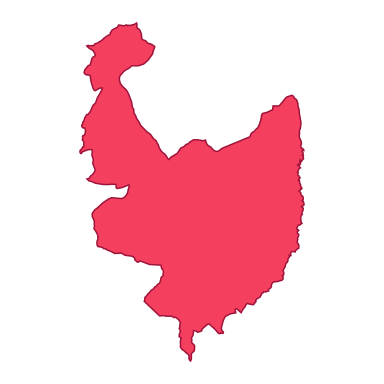 Kanduyi, Western, Kenya
{"feature_id": "3690345B52406827974288", "entity_name": "Kanduyi", "entity_type": "district", "adm_level": 2, "iso_a3": "KEN", "parent_name": "Kenya", "parent_adm1": "Western", "projection": "albers", "projection_center": [34.58, 0.562], "detail": "fine", "context": "isolated", "style": "filled", "palette": "rose", "viewbox_px": 384, "rotation_deg": 0, "n_neighbors": 0, "source": "geoboundaries", "source_scale": "gbopen_adm2", "svg_char_len": 5937}
<svg xmlns="http://www.w3.org/2000/svg" viewBox="0 0 384 384"><path d="M144.2,301.3L159.6,315.9L163.9,315.6L166.3,316.3L167.6,316.0L168.9,316.3L170.0,316.0L172.2,316.5L174.2,317.6L175.7,317.2L179.1,320.2L179.6,321.5L180.6,322.7L179.9,323.9L180.2,324.9L179.6,325.7L180.0,327.1L179.2,328.3L180.5,331.4L179.4,334.0L179.1,336.6L181.1,337.9L180.7,339.1L180.8,340.1L180.3,341.2L180.6,345.0L180.3,346.9L182.0,349.5L184.1,350.8L186.3,353.0L188.2,354.2L189.4,357.0L188.8,358.1L189.5,360.0L190.6,361.0L191.4,358.8L191.4,354.3L191.7,353.3L194.2,350.9L194.5,349.4L194.6,345.5L192.3,343.2L191.4,341.7L191.9,340.5L191.5,338.0L193.1,335.0L193.6,330.6L195.9,330.9L197.6,332.3L201.1,331.2L201.9,330.2L202.2,328.9L207.2,324.6L208.1,324.1L209.2,324.1L215.1,329.3L218.5,333.4L219.6,333.7L220.7,333.1L222.0,333.4L223.2,333.1L223.4,332.0L222.5,331.3L221.7,330.1L221.3,328.0L223.2,320.7L225.1,316.7L228.9,314.5L231.4,313.6L235.7,312.9L235.7,311.6L235.0,310.5L235.1,309.4L235.9,308.9L237.2,309.2L241.1,312.7L242.1,310.6L245.3,306.4L245.8,304.9L247.5,303.3L249.4,304.1L253.3,304.7L256.0,301.6L255.7,300.0L256.8,299.0L260.1,297.0L262.2,293.1L263.2,292.7L263.8,291.7L265.3,292.0L268.7,290.9L268.6,289.7L269.2,288.7L270.5,288.1L271.3,286.9L271.6,284.1L272.6,282.7L273.9,281.8L276.6,281.7L282.1,280.2L283.0,279.0L283.1,277.8L282.9,276.4L282.3,275.7L283.4,275.3L283.8,274.1L283.8,272.8L283.1,270.4L285.3,266.4L285.4,264.9L286.3,263.0L287.2,262.4L287.9,260.9L287.9,259.5L288.3,258.3L289.1,257.5L289.2,255.4L290.0,256.0L291.0,255.6L290.6,254.4L291.1,252.1L292.2,251.4L295.1,252.0L295.6,250.7L297.4,248.8L298.7,248.3L298.9,246.1L298.6,244.5L297.0,241.8L297.8,239.6L297.4,238.4L298.6,235.9L298.7,234.5L297.3,232.9L297.2,231.9L298.7,230.4L298.0,229.6L297.1,229.6L296.6,228.7L298.2,225.2L299.8,225.1L300.8,224.1L302.0,223.5L301.2,222.2L300.9,220.7L300.8,217.2L301.0,215.6L302.4,214.4L302.0,213.3L302.1,211.9L302.9,210.8L303.3,208.2L301.4,206.6L303.5,205.5L304.1,204.5L303.4,201.5L302.1,200.8L303.2,199.7L303.1,197.2L302.7,196.1L301.3,195.5L300.8,194.2L300.9,193.2L300.2,192.0L299.0,191.2L300.0,190.5L300.6,188.8L301.5,189.1L301.9,188.2L300.5,185.9L300.6,184.6L299.8,183.4L299.4,180.4L298.5,180.3L299.0,178.9L299.8,178.5L300.0,177.4L299.0,176.8L298.8,175.7L297.8,175.0L297.8,173.7L298.3,172.6L297.4,171.8L298.4,170.5L299.0,168.7L300.4,167.8L299.6,166.9L298.8,165.4L300.1,164.6L300.6,163.2L300.0,161.5L301.6,161.5L301.9,160.5L303.6,158.7L303.1,157.5L303.4,155.3L302.3,155.1L303.1,154.0L303.0,152.6L302.2,151.8L302.3,150.4L303.8,150.6L303.6,149.4L300.9,147.4L300.7,146.1L301.5,143.8L301.1,141.3L299.3,137.1L299.2,135.6L299.7,133.2L299.2,132.1L300.5,127.5L301.0,122.7L299.5,114.4L298.9,108.6L298.1,106.9L297.9,103.7L296.7,99.9L294.4,98.1L294.0,97.1L292.6,95.5L291.5,95.4L287.2,96.8L285.9,97.7L279.6,105.4L278.5,106.0L273.1,105.9L272.6,109.7L267.4,112.2L262.5,113.5L261.5,115.3L261.3,117.9L259.8,123.4L258.2,126.9L257.6,128.0L256.4,128.8L254.4,131.3L252.5,132.3L251.0,133.8L249.9,136.8L222.8,148.0L221.6,148.6L219.2,150.6L217.9,151.3L216.7,151.4L215.3,151.1L213.5,150.2L210.8,147.1L208.6,145.9L207.5,144.8L206.5,143.4L205.5,140.1L203.0,140.7L197.7,139.8L193.6,139.8L190.0,141.9L188.0,143.9L186.3,144.3L183.8,146.7L181.4,147.7L180.5,148.4L177.2,153.4L170.6,157.4L169.8,158.7L168.5,159.5L165.4,154.7L162.4,152.3L160.8,150.5L159.1,147.5L158.1,144.3L157.3,143.5L156.2,140.8L153.5,138.7L150.5,134.4L146.8,131.7L140.9,125.7L139.0,122.0L136.5,118.3L135.8,116.1L133.8,112.6L133.8,109.4L132.4,107.4L131.6,102.1L128.5,93.7L126.2,89.8L122.7,86.6L120.3,83.4L119.7,81.1L119.3,78.8L119.8,76.2L123.5,71.7L126.4,69.5L128.5,68.6L131.8,65.8L138.3,65.8L143.7,64.0L146.5,61.6L148.5,59.7L152.7,53.7L152.8,52.3L154.8,46.8L153.8,45.7L150.8,44.0L147.6,43.0L145.6,40.8L142.4,39.6L141.8,38.7L141.4,34.3L140.2,30.8L139.1,29.2L137.4,28.2L136.7,26.6L137.0,24.2L136.6,23.0L133.7,24.7L132.3,24.7L131.4,25.4L128.7,25.3L127.3,25.7L126.5,24.8L125.5,25.4L122.7,25.8L121.9,25.4L118.6,25.0L117.5,27.1L112.1,30.0L110.2,33.1L110.2,34.5L108.2,35.3L103.9,38.2L103.2,39.1L101.1,40.8L96.3,43.6L95.2,43.6L94.4,44.8L93.1,45.8L92.1,45.5L89.9,45.9L88.2,45.4L86.8,45.9L88.5,47.8L92.9,50.5L94.6,53.1L95.3,55.3L94.4,56.4L92.9,57.2L92.0,58.4L90.4,64.1L89.8,65.1L88.2,65.6L84.9,69.7L84.1,72.5L84.5,73.6L86.5,74.9L89.3,75.1L90.2,75.9L91.0,81.4L92.9,87.8L94.1,90.2L95.2,90.7L99.3,88.4L100.8,87.9L102.4,88.2L100.7,92.1L97.4,97.7L95.6,102.9L93.0,105.4L90.3,111.5L87.9,114.6L86.8,114.5L86.0,115.7L84.7,118.0L83.8,121.1L83.0,121.9L82.5,124.1L81.7,125.1L81.8,126.3L82.4,127.5L83.5,128.0L84.7,127.9L85.5,130.1L85.1,133.6L84.1,135.4L83.0,135.6L82.5,136.6L82.8,137.4L82.3,139.7L83.9,142.1L83.8,146.6L82.6,147.1L81.9,148.7L80.3,150.2L79.9,151.4L80.2,152.9L81.0,153.6L81.8,152.9L82.2,151.9L87.7,149.8L90.6,149.5L92.0,149.9L92.3,151.1L91.9,155.1L93.1,158.8L93.2,160.7L92.7,163.2L95.1,169.6L95.0,170.8L92.9,174.2L90.1,176.5L89.5,178.0L88.2,178.7L87.0,178.9L88.8,180.8L91.3,181.4L95.4,183.2L102.7,184.4L107.4,184.6L110.4,184.3L115.6,184.3L116.3,185.0L116.0,187.0L116.7,188.3L118.2,188.4L122.2,187.5L128.8,184.9L129.2,186.0L128.0,190.5L127.9,191.9L126.5,195.0L124.3,197.4L121.7,198.6L111.6,197.7L108.2,199.2L102.9,202.8L97.2,208.1L94.9,209.7L92.3,213.3L92.2,216.1L94.3,221.2L94.4,226.9L94.0,228.1L94.1,229.0L95.6,230.9L97.6,234.8L97.9,237.0L97.8,239.7L97.1,240.9L96.9,243.4L97.3,245.8L98.4,246.7L101.4,247.1L102.7,247.6L103.6,248.6L106.1,249.0L106.7,249.8L110.7,251.3L114.8,253.5L121.3,253.1L125.1,255.3L131.5,256.1L133.0,256.8L134.8,258.2L134.9,259.9L137.3,262.1L138.8,262.0L139.4,261.2L140.6,261.1L149.5,264.5L160.8,265.1L161.3,266.0L161.2,267.0L161.8,268.6L163.2,270.5L163.4,272.7L163.0,273.9L163.2,275.0L162.8,276.0L161.2,277.3L160.1,282.1L159.5,283.1L157.4,284.6L155.9,286.6L154.6,287.0L153.6,288.8L151.5,290.0L149.1,292.9L148.0,293.6L147.7,294.5L144.9,297.5L144.8,300.0L144.2,301.3ZM298.8,165.4L297.6,165.1L298.5,164.2L298.8,165.4ZM300.0,161.5L300.2,160.0L300.8,160.9L300.0,161.5Z" fill="#f43f5e" stroke="#9f1239" stroke-width="1.5"/></svg>